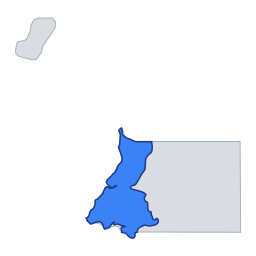 Litoral on a map of Equatorial Guinea (orthographic projection)
{"feature_id": "GNQ-1470", "entity_name": "Litoral", "entity_type": "Province", "adm_level": 1, "iso_a3": "GNQ", "parent_name": "Equatorial Guinea", "parent_adm1": "", "projection": "orthographic", "projection_center": [9.856, 1.633], "detail": "fine", "context": "in_parent", "style": "filled", "palette": "blue", "viewbox_px": 256, "rotation_deg": 0, "n_neighbors": 0, "source": "natural_earth", "source_scale": "10m", "svg_char_len": 3628}
<svg xmlns="http://www.w3.org/2000/svg" viewBox="0 0 256 256"><path d="M240.1,141.5L240.2,159.5L240.3,174.7L240.4,191.2L240.5,208.3L240.6,222.8L240.6,232.3L224.7,232.2L203.6,232.2L182.5,232.1L161.4,232.0L150.8,232.0L139.1,232.0L135.3,232.5L132.7,234.8L129.6,235.4L126.0,233.3L121.6,232.4L120.4,230.3L118.3,226.5L113.9,226.1L111.7,226.5L108.6,228.6L105.1,229.8L105.7,228.0L98.8,223.4L93.8,222.9L89.1,221.4L92.9,209.2L97.6,198.4L104.6,190.3L108.3,188.3L109.5,184.3L115.0,171.0L121.9,160.2L119.7,149.2L121.4,130.9L123.4,131.4L123.7,133.1L124.2,135.7L126.8,138.0L135.3,141.5L160.7,141.5L175.9,141.5L198.3,141.5L222.0,141.5L240.1,141.5ZM38.8,17.9L40.7,18.2L52.3,17.9L55.5,22.0L55.1,28.0L43.1,45.7L40.9,53.1L36.3,59.4L32.3,59.9L18.5,56.2L16.2,54.0L15.4,51.0L16.7,43.9L17.7,41.8L24.3,40.5L26.5,39.3L30.0,31.7L31.2,24.8L34.1,19.6L38.8,17.9Z" fill="#d9dde1" stroke="#a8b0b8" stroke-width="1"/><path d="M121.3,128.0L122.2,129.3L122.2,130.7L122.0,132.4L122.2,134.0L123.2,135.2L125.0,136.8L126.9,138.1L128.3,138.6L129.7,139.0L134.6,141.4L136.2,141.7L146.6,141.7L151.6,141.7L152.2,146.0L152.1,149.7L151.8,151.0L151.4,152.0L150.9,152.8L147.9,155.4L147.2,156.2L146.3,157.7L145.8,158.9L145.5,160.3L145.1,168.7L144.4,170.3L141.7,174.0L136.9,182.5L135.4,184.5L134.4,185.2L132.9,185.5L131.6,185.9L130.9,186.6L130.5,187.4L130.6,188.1L130.9,188.6L131.4,188.9L136.9,190.4L141.8,191.8L144.1,192.9L145.5,194.1L145.8,194.5L145.9,194.8L145.3,195.8L144.5,197.6L144.4,198.5L144.5,199.5L145.1,200.8L145.7,201.4L147.3,202.2L147.6,203.1L147.8,208.2L148.0,209.4L148.5,210.9L149.1,211.5L149.8,211.7L150.7,211.7L151.1,212.2L151.3,212.9L151.3,213.8L151.3,214.9L151.6,215.5L152.0,216.1L152.3,216.7L152.6,218.7L153.1,219.2L153.9,219.7L154.7,219.8L155.4,219.5L155.9,218.9L156.4,218.5L156.9,218.4L157.5,218.8L158.0,219.5L158.3,220.4L158.3,221.4L158.1,222.4L157.4,223.4L156.4,224.2L155.2,224.8L154.0,225.2L151.0,225.8L149.6,225.9L148.4,225.9L147.4,225.7L145.8,225.2L145.1,225.2L144.4,225.3L143.4,225.6L143.1,225.8L141.2,226.6L139.4,227.5L139.0,227.9L138.6,228.4L138.1,229.0L137.4,230.5L136.9,232.1L136.9,232.3L135.4,232.5L135.0,233.6L135.0,235.9L134.7,237.0L133.8,237.8L132.5,238.1L131.1,237.9L129.8,237.3L128.5,236.3L126.5,234.0L125.2,233.1L124.0,232.7L121.7,232.4L121.8,232.0L121.7,230.7L121.1,228.7L121.3,227.8L121.9,227.3L122.9,226.9L124.0,226.7L125.0,226.6L124.5,226.2L123.6,225.9L122.5,225.7L121.5,225.6L120.7,225.4L118.8,224.3L117.8,224.0L114.6,224.7L113.8,224.5L113.5,223.7L113.8,222.9L114.5,222.2L114.9,221.9L113.5,222.5L111.7,224.1L110.2,225.8L109.6,226.9L109.1,227.5L106.5,228.1L104.6,228.9L103.9,228.0L102.7,224.3L102.0,223.3L101.2,222.6L99.9,221.9L98.5,221.6L97.5,221.8L96.6,222.2L94.1,222.7L91.8,223.8L90.6,224.0L90.0,223.6L88.1,221.6L87.1,220.8L87.3,220.1L87.1,219.5L86.1,218.1L87.3,217.6L88.2,216.7L88.9,215.6L90.1,211.6L90.8,210.2L91.7,209.6L92.9,209.0L94.0,207.5L94.8,205.7L95.2,204.3L95.0,201.3L95.3,200.1L97.5,199.1L100.5,196.3L101.9,194.6L102.1,194.5L102.3,194.0L102.6,193.7L103.0,193.1L103.2,192.3L104.1,190.1L105.3,187.8L106.9,186.6L107.9,186.9L108.9,187.8L110.4,188.3L112.5,188.1L113.9,187.4L115.3,186.5L117.0,185.6L115.4,185.7L112.3,187.9L110.9,187.5L107.5,184.3L106.3,182.2L107.1,180.1L111.7,175.6L111.9,175.3L112.4,174.4L112.8,174.0L114.4,172.9L115.0,172.3L115.3,171.7L116.0,170.2L116.3,169.7L116.6,169.4L116.9,168.9L117.2,167.0L117.5,166.5L117.9,166.1L118.1,165.7L118.5,165.0L121.3,162.2L122.1,159.6L121.8,156.4L119.6,150.0L118.9,148.6L118.6,147.9L118.6,147.1L118.7,146.2L119.1,145.7L119.5,145.3L119.6,144.9L120.3,135.3L120.0,133.5L119.4,132.2L118.8,130.4L119.8,129.1L121.3,128.0Z" fill="#3b82f6" stroke="#1e3a8a" stroke-width="1.5"/></svg>